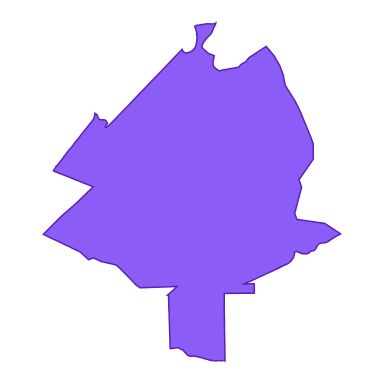 Farcasele, Olt, Romania
{"feature_id": "2599482B95446967928942", "entity_name": "Farcasele", "entity_type": "district", "adm_level": 2, "iso_a3": "ROU", "parent_name": "Romania", "parent_adm1": "Olt", "projection": "natural_earth1", "projection_center": [24.435, 44.148], "detail": "fine", "context": "isolated", "style": "filled", "palette": "violet", "viewbox_px": 384, "rotation_deg": 0, "n_neighbors": 0, "source": "geoboundaries", "source_scale": "gbopen_adm2", "svg_char_len": 5849}
<svg xmlns="http://www.w3.org/2000/svg" viewBox="0 0 384 384"><path d="M340.6,233.9L324.7,223.4L296.9,219.4L294.7,213.4L301.6,187.3L299.0,179.7L313.3,159.1L313.2,143.6L311.9,140.1L311.3,138.4L300.2,111.4L295.1,101.1L285.2,85.3L283.2,74.9L279.7,65.5L273.9,55.6L266.2,46.4L249.0,57.6L249.0,57.9L248.7,58.3L248.1,58.9L247.4,59.5L246.8,60.2L246.1,61.1L245.9,61.6L245.6,62.0L244.8,62.4L243.6,62.8L242.2,63.6L241.1,64.5L240.1,65.4L239.3,66.5L238.9,67.1L238.2,67.2L234.7,67.9L233.1,68.2L229.3,68.8L227.2,69.3L224.3,69.7L222.9,70.0L222.1,70.1L221.7,70.2L220.5,70.7L219.8,70.8L219.0,70.7L218.2,70.2L217.3,69.7L216.8,69.4L216.1,68.7L215.6,68.2L215.0,67.8L214.3,67.3L213.9,67.1L213.8,66.7L213.5,65.8L213.2,65.0L213.0,64.2L212.9,63.3L213.0,62.7L213.2,62.0L213.4,60.8L213.4,60.0L213.8,57.9L214.2,55.7L212.5,55.0L210.8,54.3L209.2,53.8L207.4,52.6L205.7,51.0L204.2,49.6L203.0,48.5L202.5,48.0L202.0,47.6L201.9,46.4L202.3,45.6L202.6,44.5L203.2,43.1L203.7,42.1L204.7,40.9L206.3,38.7L207.6,37.4L208.6,36.3L210.6,34.2L211.3,33.3L212.5,31.0L212.7,30.3L213.4,28.4L213.9,27.2L214.4,26.5L215.2,24.9L215.7,23.7L215.8,23.0L215.3,23.4L214.2,23.8L212.9,24.0L212.1,24.0L209.0,23.8L207.1,23.8L205.5,24.0L196.6,25.4L195.9,25.6L195.4,26.0L194.7,26.7L195.0,27.1L195.3,27.9L196.0,30.2L196.5,31.5L196.6,31.9L196.6,32.5L196.7,35.3L196.8,35.6L196.9,35.9L197.0,36.2L197.1,36.8L197.0,37.7L197.0,38.6L196.8,39.4L196.8,39.8L196.7,40.4L196.7,42.1L196.5,42.9L196.3,43.8L196.1,44.5L195.8,45.6L195.7,46.0L195.3,46.9L195.1,47.4L194.8,47.9L194.3,48.5L193.6,49.3L192.8,50.1L191.9,50.9L191.2,51.4L190.8,51.7L190.2,51.9L189.5,52.1L189.0,52.2L187.9,52.6L185.8,52.9L184.7,52.7L184.3,52.5L184.0,52.1L183.7,51.9L183.5,51.4L183.2,51.1L182.6,50.5L182.1,49.3L179.6,51.9L178.5,53.1L174.2,57.6L170.5,61.4L163.9,68.4L154.9,77.7L151.0,81.7L148.6,84.2L145.0,88.0L141.8,91.3L139.5,93.6L136.5,96.8L127.3,106.5L124.0,109.8L121.2,112.8L116.9,117.2L115.4,118.8L110.1,124.1L109.1,125.3L108.7,125.6L108.2,126.0L107.8,126.3L106.8,127.0L106.4,127.2L105.9,127.4L105.5,127.6L105.4,127.1L105.5,126.5L105.6,125.9L105.9,125.4L106.2,125.0L106.6,124.6L107.0,124.4L107.3,124.0L107.4,123.7L107.5,123.4L107.5,123.1L106.8,122.1L106.4,121.3L106.1,120.9L105.7,120.5L105.2,120.2L104.8,120.0L104.3,119.8L103.5,119.7L103.0,119.7L102.4,119.8L102.1,119.9L101.6,119.9L100.9,119.8L100.2,119.6L99.6,119.4L99.1,119.1L98.6,118.5L97.7,116.4L97.5,115.6L97.2,115.1L96.9,114.7L96.4,114.2L95.0,113.3L95.0,114.0L94.8,114.3L94.5,115.9L94.3,116.7L94.1,117.4L93.9,118.3L93.6,118.9L93.1,119.7L92.6,120.3L92.3,120.9L91.6,121.7L91.3,122.0L90.9,122.7L89.8,123.9L88.3,125.8L87.7,126.7L86.9,127.5L86.3,128.3L85.6,129.2L84.3,130.8L83.6,131.7L82.9,132.6L80.7,135.3L78.1,138.8L77.4,139.6L76.6,140.6L74.6,143.0L74.1,143.6L73.4,144.6L73.2,145.1L72.2,146.3L71.3,147.4L70.8,148.1L70.6,148.3L70.4,148.5L70.0,148.7L69.7,149.0L68.5,150.6L68.1,151.2L67.6,151.7L66.9,152.4L66.8,152.6L66.7,152.8L66.7,153.1L66.6,153.3L65.6,154.6L65.4,155.0L65.2,155.2L65.0,155.4L64.5,155.6L64.3,155.8L64.2,156.0L63.9,156.7L63.7,157.1L63.3,157.6L61.5,160.0L60.5,161.3L60.0,161.9L59.7,162.2L59.4,162.5L58.7,163.5L58.2,164.2L57.1,165.5L56.5,165.8L56.4,166.0L56.2,166.1L55.6,167.2L55.4,167.8L55.2,168.1L53.3,170.6L54.2,171.2L54.8,171.6L60.8,173.9L93.2,186.8L92.1,187.9L90.0,189.9L80.2,199.4L77.2,202.3L72.2,206.8L67.1,211.3L63.7,214.1L62.4,215.3L57.5,220.0L55.5,222.3L55.1,222.4L44.4,233.3L43.4,234.4L44.4,234.8L48.8,237.0L56.0,240.4L59.5,242.0L61.6,243.0L65.5,245.0L67.8,245.9L69.9,246.9L72.2,248.2L75.4,249.7L79.7,251.7L80.2,252.0L88.6,259.7L93.5,258.0L96.8,259.5L98.8,260.4L100.7,261.3L101.6,261.6L104.9,262.4L113.0,264.2L115.9,264.9L116.4,265.3L118.7,267.2L127.5,276.0L134.1,282.9L135.7,284.7L139.2,287.2L139.4,287.3L139.9,287.8L177.1,286.5L167.6,295.1L168.5,295.1L168.5,295.6L168.7,301.3L168.7,302.6L168.7,305.2L168.8,305.8L169.0,306.5L169.0,307.2L168.9,307.4L168.7,307.7L168.9,308.0L168.8,308.3L169.0,311.0L169.1,313.3L169.2,315.6L169.2,317.1L169.2,319.1L169.5,325.4L169.6,330.1L169.6,331.6L169.7,331.8L170.2,348.6L171.0,348.6L171.8,348.5L172.2,348.4L172.7,348.4L173.0,348.4L173.4,348.3L173.6,348.3L174.5,348.2L174.9,348.0L175.4,347.9L175.8,347.8L177.1,347.8L177.5,347.7L178.1,347.8L178.4,347.8L178.6,348.0L179.1,348.3L179.3,348.4L180.1,348.8L180.8,349.2L181.1,349.3L181.7,349.4L182.1,349.5L182.4,349.7L182.7,349.9L183.3,350.5L184.3,351.6L186.3,353.9L187.5,355.1L188.0,355.5L188.8,355.8L190.2,356.2L191.6,356.2L191.9,356.2L194.3,356.2L196.3,356.5L198.1,356.8L202.1,357.9L205.4,359.0L205.8,358.9L206.3,359.0L206.6,359.1L206.8,359.1L209.3,360.0L210.5,360.4L211.2,360.5L212.7,360.5L213.6,360.6L214.1,360.8L214.8,360.9L215.7,360.8L218.2,360.7L219.5,360.6L220.9,360.8L221.5,360.8L222.6,360.6L223.3,360.5L223.8,360.5L225.0,361.0L225.0,360.0L224.8,345.6L224.6,334.6L224.5,331.8L224.5,322.8L224.2,309.3L224.2,307.3L224.3,299.1L224.3,296.4L224.3,295.9L224.2,294.7L224.2,294.0L224.2,293.5L226.8,293.4L234.3,293.3L254.3,293.2L254.3,287.4L254.3,284.4L254.2,283.6L242.9,284.2L244.7,283.6L251.5,280.7L261.2,276.1L263.7,275.1L265.2,274.2L269.2,272.5L275.4,269.6L279.4,267.8L279.1,267.6L281.6,266.5L281.9,266.5L282.5,266.1L283.3,265.7L286.9,264.1L288.1,263.4L289.2,262.7L290.1,261.9L290.9,261.1L291.8,260.1L292.7,258.7L293.4,257.5L293.9,256.1L294.2,255.1L294.6,253.5L294.6,251.7L295.4,251.6L296.6,251.6L297.8,251.8L298.8,252.3L300.3,253.1L301.9,253.6L303.2,253.8L304.0,253.6L304.8,253.8L306.0,253.9L306.8,253.8L307.5,253.6L308.6,253.1L309.1,252.8L309.7,252.2L310.3,251.6L310.8,251.3L311.4,251.1L312.4,250.9L313.4,250.8L314.1,250.5L314.7,250.0L315.3,249.3L316.0,248.2L316.6,247.2L317.1,246.2L317.6,245.3L317.9,244.9L318.4,244.3L319.0,243.9L319.5,243.7L320.1,243.3L320.7,243.2L321.3,243.1L323.5,242.9L324.3,242.9L325.4,242.6L327.5,241.8L328.3,241.4L329.4,240.7L330.3,240.0L331.2,239.3L332.2,238.8L332.1,238.6L335.2,236.9L337.4,235.6L340.6,233.9Z" fill="#8b5cf6" stroke="#5b21b6" stroke-width="1.5"/></svg>